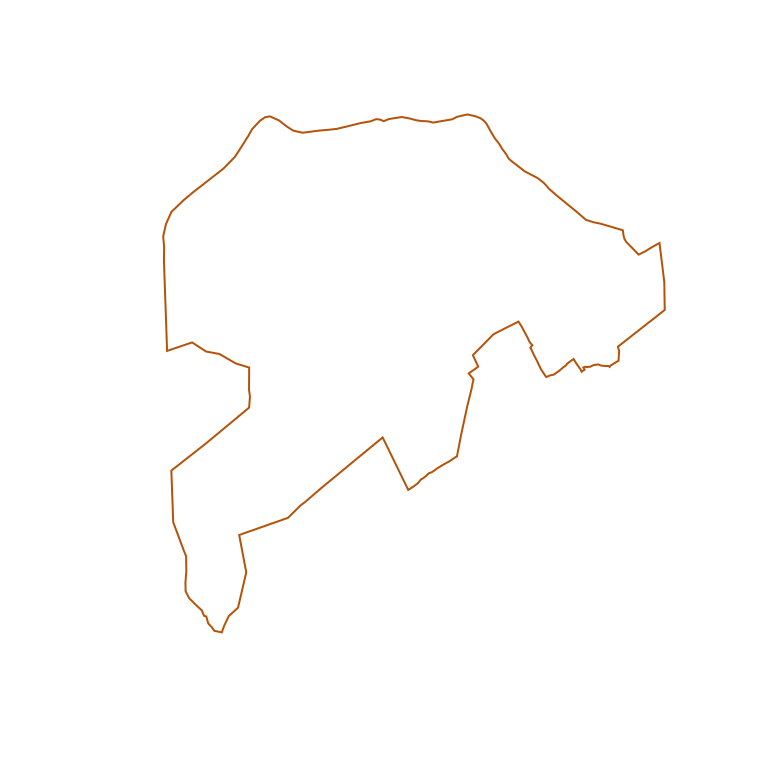 the district of Hadejia, Jigawa, Nigeria, rotated 195°
{"feature_id": "59680162B39799007570945", "entity_name": "Hadejia", "entity_type": "district", "adm_level": 2, "iso_a3": "NGA", "parent_name": "Nigeria", "parent_adm1": "Jigawa", "projection": "robinson", "projection_center": [10.051, 12.466], "detail": "fine", "context": "isolated", "style": "outline", "palette": "amber", "viewbox_px": 768, "rotation_deg": 195, "n_neighbors": 0, "source": "geoboundaries", "source_scale": "gbopen_adm2", "svg_char_len": 2602}
<svg xmlns="http://www.w3.org/2000/svg" viewBox="0 0 768 768"><g transform="rotate(195 384 384)"><path d="M369.9,666.1L373.1,666.0L382.6,661.0L386.5,657.4L404.3,649.2L409.5,649.1L415.9,647.7L420.9,647.1L428.5,647.1L435.8,646.5L447.9,641.2L452.3,637.8L456.2,638.4L460.1,637.8L464.7,634.4L474.1,630.0L487.5,622.6L495.5,618.3L503.1,615.3L512.5,611.9L520.9,608.4L527.5,605.7L532.7,605.4L537.4,605.3L543.2,607.1L548.7,609.3L553.5,611.4L563.5,613.0L568.0,610.8L572.1,605.9L577.5,595.7L579.0,589.4L581.5,581.4L583.5,574.9L586.8,564.8L594.8,550.6L609.4,531.2L617.9,520.0L625.2,509.6L633.9,495.2L636.0,482.0L635.5,469.4L631.9,459.6L628.5,446.2L605.7,371.7L602.1,359.8L580.1,374.5L564.2,369.3L550.8,370.4L532.6,365.5L518.5,365.0L512.8,343.2L510.2,337.1L508.2,326.3L515.4,316.1L540.1,281.2L567.0,245.3L551.8,195.9L533.7,170.5L530.6,166.5L528.7,159.8L526.5,152.1L524.4,140.8L522.0,132.5L516.7,126.6L508.3,121.8L501.4,118.2L499.0,114.9L497.7,113.5L495.5,113.5L493.7,110.4L491.7,107.1L487.8,104.8L484.1,101.7L476.4,102.1L475.8,109.1L473.9,119.6L467.1,130.1L468.3,166.4L484.8,200.7L442.1,229.9L433.2,245.1L429.6,249.7L418.1,266.6L390.2,305.8L371.5,332.0L366.9,326.8L333.2,288.0L329.2,292.3L325.6,296.9L323.6,301.4L322.1,302.8L319.6,306.0L317.6,309.4L314.9,311.2L312.8,313.7L310.2,316.9L305.7,321.6L300.7,326.4L297.0,330.7L294.8,333.0L295.3,340.1L296.0,349.9L296.3,354.0L297.8,383.5L298.2,402.6L298.6,407.9L298.7,411.6L304.9,416.2L299.8,422.2L297.5,425.2L305.6,434.8L303.0,439.5L299.7,445.2L291.3,460.1L289.8,461.6L283.8,467.0L282.2,468.5L270.2,479.1L268.4,477.4L265.6,474.8L262.0,470.9L257.5,466.1L254.1,462.1L250.7,459.8L252.1,457.1L249.6,454.3L246.6,450.7L242.5,446.3L239.6,442.8L236.1,438.8L232.1,435.2L229.1,432.7L225.8,435.3L222.4,437.0L217.6,442.9L215.3,446.3L213.1,449.0L212.2,451.3L207.4,457.2L203.8,453.9L200.3,450.9L198.2,449.2L196.3,447.0L195.3,448.3L193.9,449.7L195.7,451.6L194.3,452.7L192.1,452.9L191.1,453.5L189.5,453.9L187.8,455.4L186.0,456.8L184.5,457.3L182.2,458.4L180.4,458.1L179.1,458.0L176.9,458.3L175.5,458.5L173.2,459.0L172.2,459.5L171.2,459.2L170.5,458.9L170.4,459.6L169.5,461.0L168.8,461.6L167.8,462.7L163.5,467.2L165.4,476.6L167.7,480.6L132.0,528.2L139.7,555.2L154.4,591.5L160.6,585.5L166.3,579.5L171.5,574.9L187.0,584.1L189.3,586.4L191.1,589.5L193.1,594.3L216.3,594.9L223.1,594.5L231.4,594.8L241.5,599.7L265.3,610.5L267.3,611.4L275.1,615.3L282.0,619.8L289.1,622.7L303.0,625.8L318.5,632.3L321.9,634.0L325.5,637.6L330.6,641.6L335.1,645.9L340.6,650.1L346.1,655.4L349.8,659.3L352.6,662.2L356.0,664.3L359.6,665.7L365.1,666.3L369.9,666.1Z" fill="none" stroke="#b45309" stroke-width="2"/></g></svg>